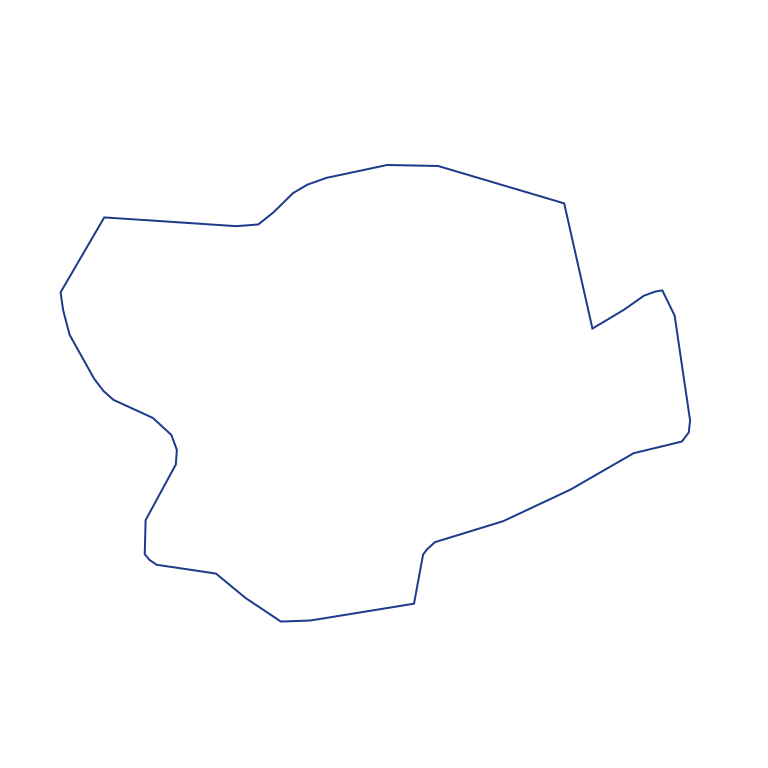 Phnom Penh, Mercator projection, rotated 78°
{"feature_id": "KHM-1789", "entity_name": "Phnom Penh", "entity_type": "Municipality", "adm_level": 1, "iso_a3": "KHM", "parent_name": "Cambodia", "parent_adm1": "", "projection": "mercator", "projection_center": [104.875, 11.558], "detail": "fine", "context": "isolated", "style": "outline", "palette": "blue", "viewbox_px": 768, "rotation_deg": 78, "n_neighbors": 0, "source": "natural_earth", "source_scale": "10m", "svg_char_len": 699}
<svg xmlns="http://www.w3.org/2000/svg" viewBox="0 0 768 768"><g transform="rotate(78 384 384)"><path d="M377.5,85.5L483.4,92.2L494.8,96.0L502.2,104.6L503.6,154.3L526.0,223.4L542.9,295.7L549.3,367.1L554.7,376.3L558.9,381.2L605.1,400.3L600.0,505.4L594.9,534.3L564.7,563.8L534.5,587.8L513.6,643.9L507.3,650.0L500.7,653.4L467.6,645.5L419.5,604.4L405.4,600.3L389.6,602.6L369.1,617.2L343.3,651.9L332.6,659.8L318.4,666.5L270.5,681.3L244.8,682.5L227.1,681.3L162.9,623.0L198.9,495.7L201.8,473.8L193.0,456.2L178.3,433.2L173.1,417.6L170.4,397.6L170.4,335.6L182.0,285.8L244.8,170.2L373.1,168.6L361.3,134.0L351.7,111.5L350.0,99.9L350.3,92.3L377.5,85.5Z" fill="none" stroke="#1e3a8a" stroke-width="2"/></g></svg>